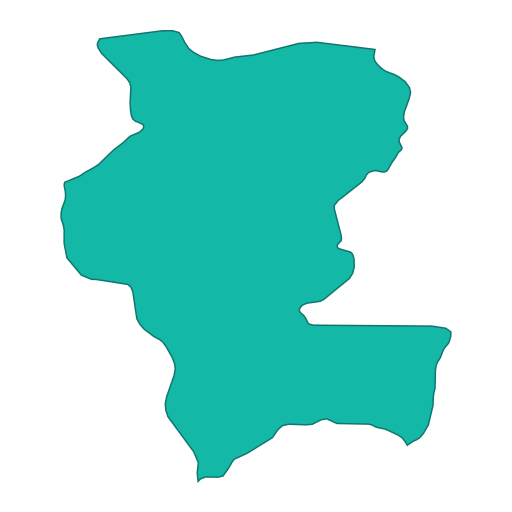 the border of Kémo
{"feature_id": "CAF-808", "entity_name": "Kémo", "entity_type": "Prefecture", "adm_level": 1, "iso_a3": "CAF", "parent_name": "Central African Republic", "parent_adm1": "", "projection": "orthographic", "projection_center": [19.388, 5.737], "detail": "fine", "context": "isolated", "style": "filled", "palette": "teal", "viewbox_px": 512, "rotation_deg": 0, "n_neighbors": 0, "source": "natural_earth", "source_scale": "10m", "svg_char_len": 2564}
<svg xmlns="http://www.w3.org/2000/svg" viewBox="0 0 512 512"><path d="M407.3,445.3L405.1,441.5L401.9,437.6L398.0,435.0L385.3,429.1L376.9,427.4L371.3,424.7L368.7,424.1L337.0,423.5L326.7,418.8L321.1,419.8L312.4,424.2L306.6,424.8L288.5,424.2L282.3,425.7L278.1,429.5L272.3,437.7L247.4,453.1L234.4,459.1L232.4,461.5L228.2,468.8L222.9,476.0L218.2,477.1L205.4,477.0L200.7,478.8L198.1,481.3L198.1,481.2L197.2,472.9L198.3,463.6L198.2,462.4L193.9,452.0L168.0,416.8L165.8,410.1L165.3,403.5L166.7,396.6L174.1,375.5L175.3,368.9L174.6,363.8L172.2,357.4L166.3,346.9L162.9,342.2L160.0,339.8L153.9,336.5L144.3,329.3L140.0,324.4L136.9,318.9L132.8,291.6L130.8,287.0L127.8,284.4L96.4,279.5L91.5,279.3L81.4,275.2L66.9,257.8L64.1,243.1L64.2,230.1L63.4,225.4L61.1,218.3L61.1,213.1L62.2,207.8L65.2,199.9L65.6,195.1L65.2,190.8L64.2,185.9L64.3,183.6L64.9,182.2L79.6,176.1L85.0,172.4L93.8,167.6L98.7,164.3L113.9,149.7L123.6,142.3L128.9,137.2L130.9,135.8L139.4,132.2L142.9,129.0L143.8,126.6L143.2,124.7L141.1,123.5L135.1,121.0L132.7,118.9L131.3,115.3L130.5,110.1L130.1,102.7L130.9,86.9L129.8,82.9L127.0,78.7L101.7,53.5L98.2,48.0L97.3,44.9L97.6,43.0L97.9,42.2L99.8,38.8L162.1,30.8L172.5,30.7L179.1,32.6L181.6,36.2L184.8,42.6L188.9,48.7L193.7,52.5L200.4,56.1L210.8,59.5L217.6,60.4L223.1,60.1L234.7,57.1L253.5,55.0L298.8,43.4L316.9,42.3L375.0,49.5L373.8,56.4L374.1,58.2L374.7,60.6L376.1,62.8L378.1,65.2L380.6,67.5L383.4,69.8L386.2,71.5L395.0,74.8L399.1,77.1L405.2,81.7L409.4,87.5L410.6,92.4L409.3,98.2L404.4,111.7L403.5,117.5L404.1,120.8L407.5,126.3L407.5,128.7L405.8,131.2L400.5,136.3L399.0,139.7L399.3,142.1L401.9,147.3L401.8,149.0L400.7,150.5L399.2,151.6L397.9,153.3L395.5,157.5L391.8,162.7L388.0,169.5L386.6,171.1L384.7,172.0L382.2,172.0L377.4,170.9L375.6,170.7L374.0,170.8L372.2,171.2L370.6,171.7L369.0,172.4L367.9,173.2L367.1,174.1L366.3,175.1L365.0,178.0L361.7,182.1L338.2,200.5L334.1,205.7L334.4,209.3L341.0,234.8L341.5,238.3L341.3,240.0L340.9,241.0L337.6,244.4L337.2,246.0L337.3,247.3L338.1,248.1L339.4,248.8L350.8,252.2L352.7,254.4L354.0,258.4L354.2,267.2L352.7,273.1L349.6,278.3L323.8,299.4L320.3,301.3L307.4,303.1L304.6,304.1L301.8,305.6L299.5,308.8L299.4,310.8L300.4,312.6L302.2,314.1L304.1,316.0L305.6,318.1L308.5,323.9L313.6,325.2L431.8,326.1L445.9,328.3L450.9,332.0L450.7,336.2L449.8,339.9L448.8,342.6L447.5,344.5L445.0,347.4L443.5,349.6L440.1,358.1L437.5,362.1L436.2,365.3L435.4,370.4L435.0,388.3L433.8,393.2L433.3,397.1L433.0,405.5L428.3,425.0L423.4,433.4L419.8,437.7L416.1,440.0L413.5,441.0L407.5,445.1L407.3,445.3Z" fill="#14b8a6" stroke="#0f766e" stroke-width="1.5"/></svg>